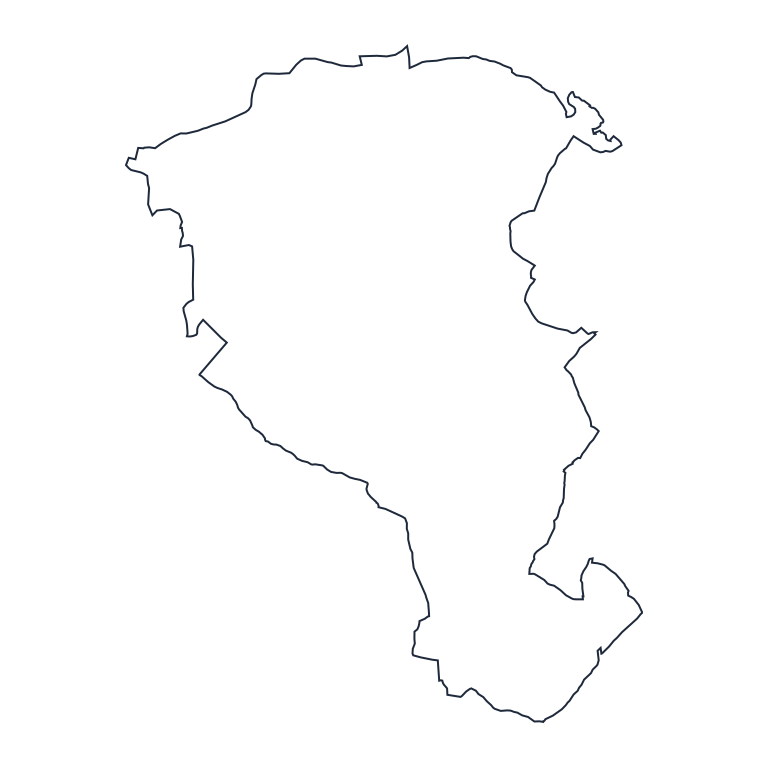 the district of Milas, Bistrita-Nasaud, Romania
{"feature_id": "2599482B6328448760405", "entity_name": "Milas", "entity_type": "district", "adm_level": 2, "iso_a3": "ROU", "parent_name": "Romania", "parent_adm1": "Bistrita-Nasaud", "projection": "equal_earth", "projection_center": [24.441, 46.819], "detail": "fine", "context": "isolated", "style": "outline", "palette": "slate", "viewbox_px": 768, "rotation_deg": 0, "n_neighbors": 0, "source": "geoboundaries", "source_scale": "gbopen_adm2", "svg_char_len": 6067}
<svg xmlns="http://www.w3.org/2000/svg" viewBox="0 0 768 768"><path d="M539.5,721.3L543.1,721.9L543.1,721.3L544.4,720.8L545.4,719.2L552.9,715.6L561.8,709.3L565.7,705.3L567.8,702.4L569.4,701.0L573.7,694.4L577.7,690.8L579.1,687.7L581.5,684.8L584.1,679.6L591.0,673.1L592.7,669.6L596.7,665.7L597.5,664.6L598.7,660.3L597.6,650.8L600.6,647.9L601.4,653.7L602.1,653.4L609.2,646.4L613.7,640.8L617.0,637.8L622.1,632.1L637.2,618.5L640.6,614.2L641.9,613.1L642.0,612.0L638.7,604.9L633.9,598.8L631.1,597.0L628.2,595.6L628.0,592.4L628.6,590.9L625.3,586.2L624.3,584.0L615.6,573.9L611.1,570.8L604.8,565.5L603.5,564.8L597.7,563.3L592.0,562.7L592.6,558.4L589.6,559.0L588.6,561.1L587.8,563.9L586.3,566.9L583.4,571.2L581.5,575.5L581.3,578.1L580.8,580.4L582.2,582.8L582.4,589.0L583.4,596.3L582.6,596.3L582.9,599.3L575.9,599.3L573.8,599.2L572.0,598.6L565.9,595.2L560.5,590.2L554.1,585.7L550.0,584.7L547.6,583.6L544.3,580.0L535.2,574.4L533.7,573.8L529.3,573.9L529.7,568.2L530.8,566.4L531.4,564.0L532.7,562.2L533.2,560.9L534.4,559.2L534.0,556.6L534.7,554.0L536.9,551.5L547.3,543.7L548.9,539.4L554.3,528.2L554.5,524.8L554.1,520.8L556.3,518.9L557.7,516.6L560.0,507.3L562.8,502.6L563.2,499.6L563.7,498.3L564.0,489.0L564.6,484.5L564.2,483.1L564.6,481.5L564.9,475.9L565.4,472.8L563.6,471.4L564.5,469.8L564.2,469.6L568.5,465.8L572.6,463.8L572.4,463.3L573.0,462.5L572.7,462.2L574.7,460.2L578.0,457.9L580.2,458.1L582.4,453.8L585.8,449.5L589.8,443.3L593.2,439.8L598.7,431.1L596.7,429.2L594.2,427.4L591.2,426.2L590.8,421.9L589.5,417.4L585.6,410.2L584.7,407.2L578.5,394.8L578.2,392.4L574.4,383.4L572.8,377.6L571.8,376.3L571.1,374.5L567.9,371.2L566.6,370.2L564.6,367.3L569.3,360.9L574.1,356.6L576.4,353.9L579.8,347.9L591.0,339.0L595.5,334.6L594.3,333.3L595.7,332.2L592.5,332.3L588.6,334.0L587.5,333.5L581.3,327.8L576.1,332.4L573.0,333.2L571.4,332.8L567.5,330.5L557.6,328.6L541.8,323.4L538.3,321.7L535.5,318.6L532.3,314.0L527.4,304.8L525.3,301.7L524.9,300.3L525.6,295.9L526.9,292.1L530.1,285.7L533.5,282.0L534.8,279.5L531.0,277.8L531.1,276.3L530.8,274.2L530.9,272.2L531.5,269.9L534.8,265.6L527.4,261.0L523.0,258.7L513.5,251.2L512.1,249.0L511.1,246.4L510.5,241.5L510.3,233.4L510.6,231.2L510.0,228.8L510.0,227.4L509.5,225.9L510.6,222.3L511.7,220.7L522.6,213.3L524.5,213.2L529.0,211.3L534.3,210.6L539.3,197.6L545.8,182.2L546.6,177.8L547.9,173.9L551.6,168.0L553.5,166.0L555.1,163.6L557.2,157.2L558.1,155.4L560.0,153.1L565.0,148.8L566.1,148.3L570.4,140.8L573.6,136.2L583.5,142.6L589.9,146.0L593.0,149.6L600.3,152.3L603.1,152.0L605.5,150.9L610.1,151.7L612.4,151.1L621.5,145.2L620.7,142.5L618.6,140.2L613.6,136.2L610.3,139.7L610.6,141.0L608.2,140.5L606.2,138.8L605.8,135.1L602.7,132.5L601.3,132.7L600.0,130.7L595.3,132.7L595.7,133.9L593.7,133.9L592.6,129.1L595.8,128.7L597.6,127.8L600.1,126.0L600.5,125.1L600.5,123.6L601.2,122.8L602.8,122.6L603.4,121.6L603.1,119.8L599.0,114.8L598.3,112.3L595.1,108.7L593.1,107.8L591.9,107.9L589.5,106.4L590.1,105.4L583.9,100.7L582.1,100.6L578.8,97.5L574.9,97.0L572.9,92.0L571.6,92.2L569.3,94.7L567.8,98.2L568.1,101.7L569.2,104.1L573.8,107.0L575.1,108.8L575.3,112.1L573.7,114.6L571.0,116.4L566.6,117.2L565.9,113.8L566.4,112.0L563.1,105.6L560.1,101.6L554.1,92.6L550.1,91.8L545.3,89.6L542.0,87.2L540.9,85.5L530.1,77.9L528.0,77.2L516.4,75.3L512.0,72.2L511.8,69.6L510.6,68.1L503.1,65.3L500.4,63.8L494.5,61.5L489.7,60.9L486.4,59.5L482.8,59.0L476.2,56.3L473.0,56.2L470.4,56.8L468.8,58.1L463.5,57.7L447.9,58.5L436.8,60.7L426.3,61.4L422.1,62.2L416.7,64.9L409.6,68.0L409.1,57.4L407.1,46.1L402.2,50.6L395.4,54.8L386.8,56.4L376.9,55.8L359.7,56.3L361.8,64.9L353.6,66.4L346.0,66.0L340.9,65.5L331.5,62.6L327.7,62.1L315.5,58.7L304.4,58.7L300.9,60.5L296.2,64.8L289.4,73.2L279.0,73.8L266.0,73.4L263.8,73.6L261.4,75.0L256.5,79.1L255.3,84.5L252.4,93.2L251.6,98.6L251.3,104.5L250.9,106.4L248.6,109.8L245.6,112.1L225.2,121.4L212.4,125.5L206.4,127.9L203.6,128.5L198.1,130.7L186.4,133.5L180.6,133.4L174.7,135.9L167.6,139.8L160.9,143.9L155.1,148.2L149.2,147.3L144.2,147.7L143.6,148.3L138.2,147.9L135.4,159.3L128.8,157.8L126.0,165.1L128.7,168.1L131.1,170.0L140.8,172.4L143.7,173.7L147.2,175.9L148.0,184.0L149.1,188.1L148.1,204.4L152.4,215.3L157.0,210.5L170.0,209.1L178.8,213.8L179.9,216.0L182.1,222.0L180.7,225.3L180.3,228.1L181.9,227.9L182.1,231.0L182.7,232.9L183.0,236.0L181.2,239.5L180.1,246.7L188.8,245.0L192.1,246.4L193.3,259.8L192.8,284.6L193.2,299.7L188.7,302.0L186.4,303.9L183.4,307.8L183.7,311.3L186.3,320.6L187.0,325.2L187.6,333.7L186.9,336.3L189.9,336.5L192.7,336.1L196.3,334.8L197.1,333.5L197.3,329.0L197.9,326.8L199.3,324.4L203.1,319.8L221.0,337.7L226.8,342.6L199.5,374.5L199.6,375.1L201.6,376.2L208.1,382.0L214.3,386.5L217.5,388.0L222.1,389.5L227.0,391.8L230.6,394.6L232.1,396.2L233.2,398.6L235.8,401.9L237.3,405.1L237.9,407.4L239.0,409.4L245.5,416.7L247.9,418.1L250.0,420.3L252.2,425.1L252.9,427.3L255.8,429.9L258.9,431.7L262.5,434.8L264.9,438.3L265.1,439.8L265.7,441.1L267.9,441.5L271.0,443.8L273.7,444.5L276.1,444.5L280.4,446.0L283.1,448.5L285.9,450.6L291.1,452.7L293.0,454.1L294.6,455.6L297.2,458.7L302.1,460.9L307.6,462.2L311.1,464.3L312.3,464.6L315.2,464.3L322.3,465.4L323.3,465.8L327.1,469.5L331.0,471.9L336.4,472.9L340.3,472.8L342.1,473.1L349.7,477.4L354.7,478.8L360.1,479.9L367.1,482.7L367.8,483.8L366.5,488.6L366.6,489.9L367.9,493.5L370.6,496.8L376.4,502.2L376.4,502.7L377.7,503.5L378.6,505.8L378.5,507.2L385.4,508.9L402.2,516.6L405.1,518.4L406.9,523.2L406.8,528.7L408.2,533.4L408.2,539.6L410.4,549.0L412.3,552.6L412.5,558.4L413.7,567.9L425.6,595.0L426.2,597.4L428.2,603.0L429.0,613.4L429.1,616.2L427.9,616.5L424.7,618.8L419.5,621.1L419.3,623.4L418.6,626.4L417.3,629.4L414.5,631.6L414.4,638.7L414.8,643.6L412.8,648.8L412.5,653.4L413.2,655.3L420.4,657.3L432.2,659.7L437.8,660.4L439.2,680.7L440.5,680.3L442.3,680.6L443.0,683.2L444.0,684.8L446.8,688.0L447.1,688.8L447.4,694.8L460.5,696.9L461.8,696.1L466.3,691.4L469.6,689.1L471.2,688.4L475.9,690.7L478.5,694.1L483.3,697.1L486.6,701.0L491.2,705.2L493.2,707.7L494.7,708.8L500.7,710.9L507.2,710.4L510.6,710.6L514.3,712.0L517.3,712.6L522.3,715.4L528.1,717.0L534.4,721.5L539.5,721.3Z" fill="none" stroke="#1e293b" stroke-width="2"/></svg>